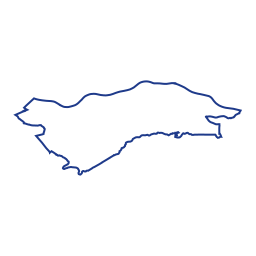 Buren, Gelderland, Netherlands
{"feature_id": "6326949B23052371147455", "entity_name": "Buren", "entity_type": "district", "adm_level": 2, "iso_a3": "NLD", "parent_name": "Netherlands", "parent_adm1": "Gelderland", "projection": "robinson", "projection_center": [5.42, 51.93], "detail": "fine", "context": "isolated", "style": "outline", "palette": "blue", "viewbox_px": 256, "rotation_deg": 0, "n_neighbors": 0, "source": "geoboundaries", "source_scale": "gbopen_adm2", "svg_char_len": 5580}
<svg xmlns="http://www.w3.org/2000/svg" viewBox="0 0 256 256"><path d="M152.7,134.0L154.0,133.6L155.1,133.7L155.8,133.8L156.6,133.7L157.0,133.5L157.3,132.9L157.6,132.7L157.8,132.6L158.1,132.6L158.7,132.7L159.7,133.0L160.4,132.8L161.1,132.8L162.0,132.9L162.7,133.1L163.4,133.5L164.8,134.1L165.8,134.4L166.2,134.4L167.0,134.4L168.7,135.3L171.2,133.7L172.0,133.9L172.8,133.2L173.2,133.3L176.0,133.5L175.7,132.8L176.1,132.8L178.1,132.1L178.6,132.6L176.1,133.6L176.6,134.5L176.8,134.8L176.9,135.2L175.5,135.1L175.2,136.9L176.5,137.3L177.4,137.5L178.6,137.5L179.5,137.4L179.9,137.2L181.1,136.1L181.4,135.7L181.8,134.9L182.6,134.0L182.8,133.6L183.3,133.3L183.5,133.3L184.4,133.8L184.7,133.8L185.7,133.5L186.0,133.3L186.4,133.0L187.5,132.8L187.9,132.9L188.6,133.6L189.3,134.0L189.8,134.2L190.6,134.1L190.9,134.1L191.2,134.3L191.8,134.8L192.4,134.9L193.3,134.9L194.4,134.7L199.6,134.6L214.2,134.7L215.2,134.6L215.5,134.8L215.9,135.7L216.9,137.1L217.2,137.3L217.7,137.5L217.8,137.6L217.9,137.8L219.0,137.6L219.5,137.3L220.4,136.7L220.7,136.6L221.2,136.7L220.6,135.1L219.7,133.5L219.3,133.6L219.3,131.6L219.3,127.7L219.5,125.4L219.4,124.6L219.4,124.2L218.8,124.2L216.6,124.3L215.7,124.2L212.7,122.9L211.0,122.3L210.2,121.9L209.3,121.2L208.5,120.4L208.1,119.8L206.7,117.8L206.0,116.9L205.9,116.8L205.9,116.7L206.3,116.5L207.5,116.6L209.1,116.4L210.2,116.4L212.0,116.7L215.1,117.5L216.4,117.5L217.1,117.4L218.1,117.0L219.2,116.7L221.2,116.3L223.7,116.1L224.1,116.2L225.6,116.8L226.9,117.5L227.4,118.0L227.6,118.1L228.6,118.3L230.1,117.9L230.6,118.2L231.0,118.2L232.1,117.7L232.5,117.7L233.7,117.3L233.9,117.1L233.9,116.9L234.4,116.6L234.6,116.4L234.6,116.2L235.5,115.1L235.7,114.9L238.3,113.6L239.0,113.4L239.3,113.3L239.3,113.1L239.1,113.0L239.1,112.9L240.2,111.3L240.6,110.5L233.4,108.8L225.9,107.8L224.1,107.4L222.2,106.8L221.2,106.4L219.6,105.7L218.5,105.1L217.4,104.3L216.4,103.6L215.5,102.8L213.9,101.0L212.3,98.8L211.7,98.1L211.0,97.4L210.3,96.9L209.5,96.4L208.5,96.0L207.6,95.8L203.4,94.8L200.2,94.1L197.9,93.7L195.1,93.0L192.2,92.1L190.2,91.1L189.3,90.6L184.5,87.5L181.6,86.1L178.7,84.8L176.6,84.0L174.8,83.6L175.0,83.2L174.0,83.1L171.9,83.1L166.5,83.9L165.8,83.9L163.4,83.8L159.6,83.4L155.9,83.3L154.0,83.3L153.1,83.1L150.8,82.2L149.0,81.7L147.9,81.5L146.7,81.4L145.9,81.4L144.4,81.5L143.1,81.7L141.3,82.2L139.9,82.8L138.5,83.7L134.9,86.6L133.9,87.4L132.1,88.4L130.0,89.4L127.5,90.1L124.3,90.8L124.0,90.9L123.8,90.9L120.0,91.6L118.2,92.1L116.0,92.8L112.8,94.0L111.5,94.4L110.2,94.8L108.2,95.1L106.9,95.3L105.5,95.4L103.6,95.3L100.7,95.0L96.6,94.1L95.3,93.9L93.7,93.8L92.5,93.9L91.0,94.0L89.7,94.3L88.8,94.6L87.3,95.2L86.2,95.7L85.1,96.3L84.1,97.1L82.8,98.4L81.8,99.6L80.2,101.1L78.4,102.9L77.3,103.8L76.3,104.5L75.0,105.2L73.5,105.7L71.1,106.4L68.6,107.0L67.4,107.1L65.3,107.0L64.2,106.9L63.0,106.5L60.4,105.3L60.5,105.2L56.3,102.7L54.8,101.9L53.9,101.6L53.0,101.4L51.1,101.1L49.2,101.0L46.2,100.8L44.5,100.6L42.0,100.3L38.9,99.8L37.1,99.4L35.3,98.9L34.0,98.4L26.2,105.6L24.1,107.7L25.7,109.0L27.2,109.8L25.8,110.4L25.4,110.1L23.5,111.0L23.9,111.3L22.9,111.6L15.4,114.9L16.8,115.8L17.8,116.6L18.3,117.7L18.8,118.5L19.5,118.9L20.0,119.2L20.8,119.9L22.8,121.3L23.8,122.2L24.1,122.8L24.1,123.0L23.9,123.2L24.0,123.3L24.1,123.2L24.4,123.2L27.2,124.2L29.1,124.7L29.3,124.6L30.7,125.1L32.2,125.4L37.8,125.6L39.8,125.1L40.9,125.1L41.2,125.6L42.0,126.2L42.8,126.7L43.5,127.2L43.8,127.5L44.1,128.0L44.5,128.6L44.4,128.7L44.5,128.8L44.7,129.2L44.6,129.8L44.3,130.7L44.1,131.8L43.9,132.0L43.7,132.6L43.6,133.2L43.6,133.9L42.7,134.3L36.1,135.9L42.1,142.8L44.5,145.9L45.2,146.8L46.3,148.2L48.7,150.8L49.2,151.4L49.8,152.4L50.0,152.4L50.0,152.5L51.5,151.2L54.8,153.3L56.0,154.5L56.1,154.4L56.3,154.3L56.7,154.7L57.0,154.8L57.1,155.0L57.3,155.0L57.7,155.5L58.1,155.7L59.0,155.4L59.3,155.4L59.6,155.4L60.2,155.8L61.6,156.0L62.6,156.9L63.1,157.3L64.7,157.9L64.9,158.1L65.3,158.6L66.0,158.9L66.8,159.7L67.6,160.9L68.1,161.3L68.6,161.6L68.6,161.8L68.7,162.2L68.6,163.1L68.5,163.4L68.0,163.9L67.7,164.4L67.5,164.5L66.8,164.7L66.5,164.8L66.0,165.3L65.0,165.7L64.3,166.1L63.9,166.4L63.4,167.0L63.1,167.6L62.9,168.1L63.0,168.4L63.2,168.6L63.7,168.9L64.2,169.0L64.5,168.9L65.8,168.3L67.2,168.0L68.1,167.5L69.8,167.2L70.8,167.0L71.1,167.0L72.1,167.2L75.5,167.5L76.5,167.7L77.6,168.3L78.1,168.8L78.2,169.0L78.3,169.4L78.7,169.9L79.1,170.9L79.1,171.3L79.1,171.5L78.7,172.3L78.5,173.0L78.6,173.7L78.7,173.9L78.8,174.1L79.3,174.3L80.2,174.6L80.7,174.4L81.1,173.9L81.5,173.6L81.7,173.4L82.0,172.7L82.1,171.7L82.3,171.5L82.9,171.1L83.1,171.0L83.5,171.0L84.3,171.4L85.5,171.5L85.9,171.4L86.0,171.3L86.3,170.9L86.7,170.7L87.6,170.6L88.2,170.7L88.3,170.6L92.1,168.3L92.5,167.9L93.8,167.2L94.0,167.2L99.5,164.1L102.1,162.5L102.1,162.4L107.3,159.3L107.2,159.3L107.6,159.1L109.2,158.1L113.7,155.4L113.8,155.2L114.2,155.3L115.8,154.5L117.0,154.2L118.3,153.9L118.6,153.7L118.9,153.2L119.3,152.6L119.5,152.4L119.5,152.1L119.5,151.2L120.2,150.8L120.5,150.6L121.3,149.5L121.4,149.2L121.5,149.0L121.5,148.5L121.6,148.2L121.8,148.1L122.1,147.9L122.9,147.8L124.0,147.2L124.4,146.6L125.0,146.1L125.1,145.8L125.0,145.2L125.2,144.8L125.6,144.4L125.8,144.2L125.8,143.6L125.8,143.2L125.9,142.8L126.1,142.6L127.4,141.9L128.7,141.7L130.0,141.7L130.8,141.4L131.5,141.1L131.9,140.7L132.2,140.4L132.8,139.1L133.0,138.9L133.7,138.5L135.5,137.5L136.1,137.3L137.2,137.2L138.0,137.2L139.0,137.3L139.5,137.2L139.9,137.0L141.1,135.8L141.5,135.5L142.1,135.3L143.2,135.2L145.1,135.3L146.1,135.1L147.4,134.8L147.7,134.9L148.8,135.5L149.4,135.5L149.9,135.3L150.8,134.7L151.2,134.4L152.7,134.0Z" fill="none" stroke="#1e3a8a" stroke-width="2"/></svg>